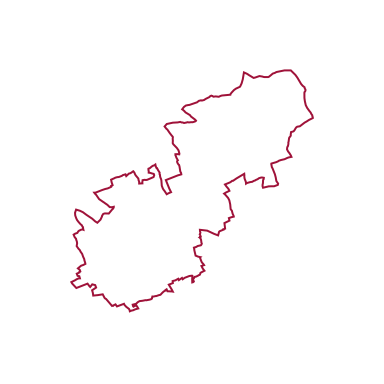 the district of Temozón, Yucatán, Mexico, rotated 331°
{"feature_id": "50627088B86560413355092", "entity_name": "Temozón", "entity_type": "district", "adm_level": 2, "iso_a3": "MEX", "parent_name": "Mexico", "parent_adm1": "Yucatán", "projection": "albers", "projection_center": [-88.068, 20.894], "detail": "fine", "context": "isolated", "style": "outline", "palette": "rose", "viewbox_px": 384, "rotation_deg": 331, "n_neighbors": 0, "source": "geoboundaries", "source_scale": "gbopen_adm2", "svg_char_len": 6061}
<svg xmlns="http://www.w3.org/2000/svg" viewBox="0 0 384 384"><g transform="rotate(331 192 192)"><path d="M56.9,225.7L60.0,224.4L62.2,226.5L61.8,229.1L57.0,229.5L56.4,232.1L55.4,234.7L59.8,236.6L64.3,238.2L64.2,242.3L64.5,243.2L65.0,243.9L66.8,252.8L67.3,252.8L67.7,253.3L68.9,253.1L70.6,253.2L70.9,255.7L78.3,256.8L78.2,258.0L78.8,260.5L80.2,263.7L80.2,264.8L79.8,266.2L81.6,266.4L83.1,266.9L85.6,267.1L88.5,267.8L88.5,266.0L88.3,264.0L87.1,264.0L87.1,263.5L85.7,263.9L85.2,263.9L85.1,263.3L85.5,261.8L89.0,262.7L90.9,262.1L93.2,262.0L95.9,263.1L98.7,264.0L99.7,264.6L102.7,265.6L104.1,265.9L105.3,265.8L105.6,265.3L106.7,264.2L107.4,264.7L109.8,265.4L110.3,265.7L112.8,266.1L114.6,266.6L116.7,265.9L119.0,265.3L121.4,265.3L121.4,264.9L122.6,264.8L122.4,266.9L126.0,269.1L126.9,269.8L127.0,267.9L126.8,261.8L131.1,262.4L131.9,260.5L134.6,261.2L137.9,261.2L137.8,262.7L141.6,262.3L141.6,263.8L144.0,263.5L147.6,264.0L149.0,264.2L151.5,265.2L151.7,265.5L149.9,268.3L148.4,271.2L149.3,271.4L150.2,271.2L150.6,268.5L151.8,268.4L153.1,267.5L154.6,268.0L156.6,268.1L157.7,268.0L158.5,268.2L159.0,268.0L160.1,266.9L160.5,266.8L164.7,266.9L164.3,264.2L164.4,261.3L167.1,261.8L167.0,260.5L166.6,258.9L166.5,257.6L167.2,253.1L167.7,253.0L166.1,251.6L164.3,249.4L165.8,244.1L166.4,242.7L166.7,241.6L169.1,242.1L170.8,242.0L173.9,242.9L174.3,242.8L175.5,242.0L175.6,241.7L175.8,240.4L176.2,239.7L176.8,237.9L176.9,236.7L176.7,236.0L176.9,236.1L177.3,235.0L178.0,235.2L178.4,233.0L178.3,232.8L179.6,231.7L179.8,231.1L179.9,230.4L180.6,228.9L186.6,233.2L191.1,239.4L193.8,242.6L196.3,240.0L197.1,239.7L201.3,240.2L201.3,239.8L203.2,240.1L205.3,234.9L210.9,235.2L211.6,232.7L214.4,233.2L216.6,233.8L216.8,233.2L217.0,230.7L217.8,227.7L217.5,225.7L219.4,221.4L220.6,217.4L220.7,214.7L219.8,210.5L219.3,209.0L221.3,208.9L225.3,209.1L225.4,207.3L225.3,206.3L224.8,204.0L224.5,201.4L229.7,202.0L230.7,202.0L232.6,201.7L233.3,202.1L237.4,201.7L246.5,201.4L245.9,202.8L245.4,203.5L244.5,205.7L244.0,209.3L243.3,210.9L244.4,210.8L247.5,211.5L249.7,212.3L251.3,212.2L252.6,212.5L253.4,212.4L255.7,212.6L257.3,212.4L259.2,212.8L260.2,213.2L261.7,214.4L261.0,215.4L259.9,216.1L258.3,218.7L257.3,219.8L256.5,221.2L256.2,222.7L262.0,224.3L266.6,226.8L270.5,227.4L271.4,226.4L271.1,223.3L272.3,219.8L273.1,216.7L273.9,210.5L273.9,209.0L274.9,205.9L275.2,205.6L280.0,206.7L282.0,206.9L283.4,206.8L285.4,207.2L288.9,208.2L292.0,208.4L293.6,208.7L296.0,209.5L296.2,207.8L296.1,207.1L296.1,205.7L295.7,203.1L295.8,200.7L296.8,199.3L297.7,198.5L298.1,198.4L299.2,197.2L299.9,196.2L300.3,195.3L300.8,194.9L303.0,192.0L303.6,191.5L305.1,191.0L305.9,190.3L306.0,189.9L307.7,187.6L309.7,188.1L310.5,188.1L311.7,187.6L313.3,186.6L314.6,186.0L315.7,185.9L318.2,186.8L324.2,185.9L326.4,185.9L329.2,185.7L333.5,185.9L333.9,185.1L334.0,184.1L334.4,183.2L334.2,181.8L334.3,180.0L333.9,177.8L333.5,174.3L333.6,171.2L334.7,167.4L335.9,164.3L338.4,159.7L338.8,159.2L339.7,158.9L340.7,157.9L340.9,157.2L340.8,156.3L341.2,154.9L340.3,152.8L339.8,150.4L339.6,143.1L339.2,139.7L337.4,133.6L331.9,130.5L324.0,128.0L322.2,128.0L320.0,127.6L317.6,128.1L315.1,128.5L314.3,128.4L311.2,126.7L310.2,125.9L309.6,125.2L307.2,123.3L302.7,122.5L301.2,122.1L298.1,116.7L298.0,116.3L297.4,115.3L295.4,112.6L291.0,118.1L288.0,121.1L285.2,123.1L284.8,123.2L280.5,122.9L278.1,123.2L274.7,124.3L273.0,125.1L272.7,125.5L264.9,122.1L263.4,121.8L261.6,121.7L259.1,119.9L256.9,119.0L256.4,117.9L256.0,117.6L255.6,117.1L254.4,117.0L253.2,117.4L249.0,117.2L247.2,117.4L244.9,116.8L244.4,116.2L242.2,115.6L239.9,116.0L232.0,114.6L230.8,114.1L228.6,113.4L226.2,113.7L223.5,114.9L224.1,116.1L224.2,116.7L224.5,117.3L224.9,119.2L227.5,123.8L227.7,125.5L229.8,130.2L230.1,131.6L229.9,131.7L228.8,131.8L226.4,131.3L224.8,130.4L223.1,129.7L221.8,128.7L221.0,128.6L218.5,127.8L217.5,126.6L216.6,126.1L215.7,125.0L213.2,124.2L208.9,122.1L202.9,120.3L199.8,121.4L200.3,124.5L200.7,125.2L201.1,129.5L201.6,132.8L201.9,134.1L201.9,134.7L200.9,136.1L200.2,137.7L198.8,140.0L198.8,141.2L200.1,146.1L200.4,149.1L199.6,152.3L199.1,152.9L197.6,151.8L195.8,150.9L195.3,151.9L195.3,152.7L195.0,154.3L195.0,157.3L194.6,157.3L193.6,158.3L193.4,159.8L193.5,161.5L193.8,162.1L193.4,163.7L191.7,168.4L191.7,170.0L191.2,171.4L187.7,170.6L174.9,168.9L173.8,177.8L173.6,182.0L170.8,181.7L168.8,181.7L168.5,177.8L168.2,176.0L168.2,174.7L168.6,171.9L170.8,167.1L171.2,165.8L171.4,163.9L171.8,162.5L172.3,161.6L172.3,160.6L173.1,159.3L172.9,156.6L173.0,154.2L172.6,154.0L172.6,153.3L172.7,152.2L173.3,150.2L171.8,150.4L170.6,150.1L169.1,150.2L166.7,150.7L165.2,150.5L164.6,151.5L164.2,152.9L163.5,154.1L164.7,155.0L166.3,156.7L167.3,157.6L167.3,157.9L167.1,159.0L165.6,160.3L158.7,159.6L157.6,159.2L156.3,158.3L154.5,157.7L153.1,159.7L152.8,160.4L149.9,159.0L150.8,157.3L151.0,155.8L151.6,154.2L150.8,150.1L150.8,148.7L151.0,147.1L150.7,145.4L150.1,145.4L148.4,145.7L146.6,145.6L145.8,145.3L142.2,146.2L142.4,144.3L139.6,143.7L138.5,143.9L135.2,143.4L133.9,142.8L131.9,142.3L130.7,142.3L127.2,142.0L126.4,144.6L125.9,147.5L124.2,147.5L124.1,148.2L123.8,148.3L120.1,148.0L117.6,147.3L114.3,146.7L107.4,145.8L106.2,145.2L106.3,146.2L106.8,148.0L107.3,153.2L111.8,162.3L112.7,165.3L114.6,166.5L116.4,167.0L116.1,167.5L114.9,168.3L113.9,168.5L108.8,170.5L105.6,168.6L104.8,168.3L103.6,168.2L101.7,169.3L101.5,169.7L98.6,171.8L94.3,173.0L93.1,170.8L91.8,167.0L88.6,160.8L86.8,156.8L84.9,154.1L82.1,151.2L79.6,153.5L78.5,155.9L78.0,158.9L77.9,160.8L78.0,161.6L78.3,163.5L79.0,166.5L79.5,167.6L79.4,169.0L79.6,170.0L79.3,170.3L78.7,172.4L78.0,171.6L76.7,171.2L74.1,171.1L73.2,171.4L71.9,172.2L69.6,171.8L67.8,171.9L67.5,174.6L67.9,176.7L67.6,177.5L67.3,179.4L66.7,181.1L64.9,183.4L65.2,186.5L65.7,188.4L65.6,190.1L65.9,192.9L65.4,195.8L65.2,198.5L64.8,199.5L64.2,202.4L63.9,203.2L61.4,203.1L59.3,202.7L55.2,203.5L56.1,205.8L55.8,207.3L54.9,207.2L54.6,207.8L51.6,207.6L51.3,209.9L52.6,211.0L52.1,213.2L51.1,212.7L50.1,212.5L48.6,212.4L46.8,212.5L42.8,212.3L42.8,213.9L44.3,219.9L56.2,221.5L56.6,224.5L56.9,225.7Z" fill="none" stroke="#9f1239" stroke-width="2"/></g></svg>